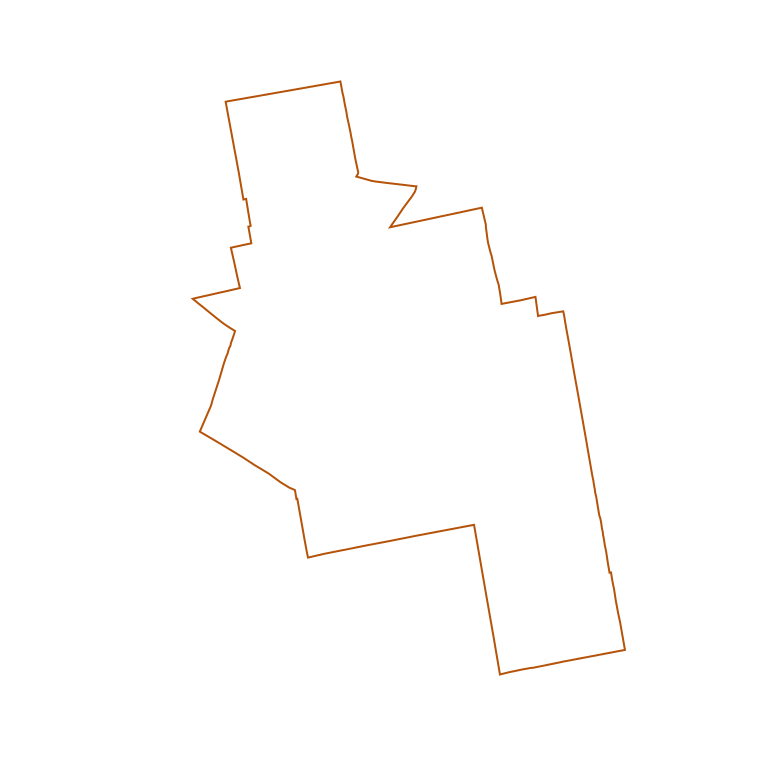 outline of Silistea Crucii, Dolj, Romania, rotated 79°
{"feature_id": "2599482B51725370061105", "entity_name": "Silistea Crucii", "entity_type": "district", "adm_level": 2, "iso_a3": "ROU", "parent_name": "Romania", "parent_adm1": "Dolj", "projection": "mercator", "projection_center": [23.474, 44.047], "detail": "fine", "context": "isolated", "style": "outline", "palette": "amber", "viewbox_px": 768, "rotation_deg": 79, "n_neighbors": 0, "source": "geoboundaries", "source_scale": "gbopen_adm2", "svg_char_len": 2748}
<svg xmlns="http://www.w3.org/2000/svg" viewBox="0 0 768 768"><g transform="rotate(79 384 384)"><path d="M691.3,325.6L690.8,316.6L690.7,308.7L690.6,301.9L690.7,296.4L690.7,293.5L691.0,292.7L691.0,291.9L690.8,265.1L690.7,261.1L691.0,198.2L689.8,198.2L663.2,197.7L653.0,197.9L641.0,197.8L629.1,197.3L624.9,197.4L621.3,197.4L617.6,197.3L614.9,197.2L612.3,197.1L612.3,198.6L602.2,198.4L590.7,197.9L584.4,198.0L576.9,197.7L574.8,197.8L571.0,197.5L567.6,197.6L561.5,197.3L558.7,197.3L557.1,197.3L555.9,197.4L555.2,197.7L554.4,197.7L551.8,197.7L541.7,197.4L534.8,197.2L533.2,197.3L531.5,197.4L528.6,197.3L527.9,197.2L526.9,197.1L525.9,197.2L523.2,197.1L521.3,197.1L519.2,196.9L516.8,197.0L512.8,197.0L474.2,196.2L457.6,195.9L431.6,195.5L415.7,195.3L389.3,194.8L376.7,194.6L364.1,194.5L357.1,194.3L350.6,194.1L346.9,194.2L346.7,199.7L346.5,205.8L346.7,213.3L346.6,218.0L346.7,219.8L327.4,218.7L327.9,233.7L327.8,253.3L324.4,253.1L320.8,252.9L316.1,252.7L311.9,252.6L307.9,252.5L306.2,252.8L304.1,253.0L301.9,253.2L299.1,253.4L293.0,253.8L283.2,253.9L278.8,253.9L275.9,254.3L271.1,254.6L265.2,254.9L261.4,254.8L253.9,254.3L250.1,254.1L246.4,253.6L245.7,253.7L229.6,254.3L231.3,348.1L228.4,345.2L222.2,338.7L215.5,332.1L209.0,325.0L205.9,321.5L201.3,317.1L199.7,316.1L197.7,315.1L196.1,314.5L196.0,315.0L195.8,315.8L190.8,331.4L187.1,343.1L183.6,353.7L182.2,357.5L181.4,359.0L178.0,365.8L175.1,371.6L173.7,370.4L173.4,370.0L172.9,369.6L172.4,369.3L171.9,369.1L170.9,368.9L168.3,369.0L156.7,369.2L139.2,368.9L135.4,369.0L130.7,368.9L123.2,369.0L118.8,369.1L115.3,369.2L109.1,369.0L103.8,369.1L100.7,369.1L96.7,369.0L93.9,369.0L90.9,369.2L82.1,369.1L78.8,369.1L78.7,369.1L78.7,371.7L76.7,482.9L76.7,485.6L148.1,486.2L176.1,486.8L176.0,484.0L187.7,484.4L199.3,484.7L203.3,484.7L203.6,485.9L203.6,487.1L220.6,487.4L220.7,494.9L221.0,507.5L221.0,508.3L230.5,508.0L236.1,507.8L241.8,507.7L252.1,507.5L262.3,507.1L262.6,515.1L262.9,524.3L263.0,529.4L263.3,538.1L263.5,545.7L263.7,552.6L263.9,555.5L267.8,552.2L269.7,550.7L273.6,547.3L277.6,544.0L282.9,539.6L286.8,536.3L291.1,532.6L294.6,529.5L299.4,524.6L303.3,520.4L303.6,520.1L311.1,524.3L314.5,526.4L315.2,526.7L316.3,527.1L317.3,527.6L318.3,528.3L318.9,529.0L319.3,529.2L321.3,530.3L323.8,531.5L325.4,532.5L326.9,533.6L331.4,536.2L335.1,538.2L348.3,545.0L362.9,553.1L366.5,555.1L371.6,557.6L372.3,558.0L395.6,573.9L396.6,572.8L408.6,559.2L428.5,537.2L438.8,526.6L449.8,514.4L460.6,504.4L467.7,496.7L471.0,491.8L473.4,491.7L476.7,491.8L480.2,491.9L480.2,491.0L499.6,491.3L516.9,491.6L522.0,491.7L534.1,491.8L539.9,491.7L539.3,475.7L539.1,431.1L539.2,406.9L539.1,380.9L539.4,322.5L545.0,322.6L609.3,323.9L653.3,324.7L669.3,325.1L674.2,325.2L691.3,325.6Z" fill="none" stroke="#b45309" stroke-width="2"/></g></svg>